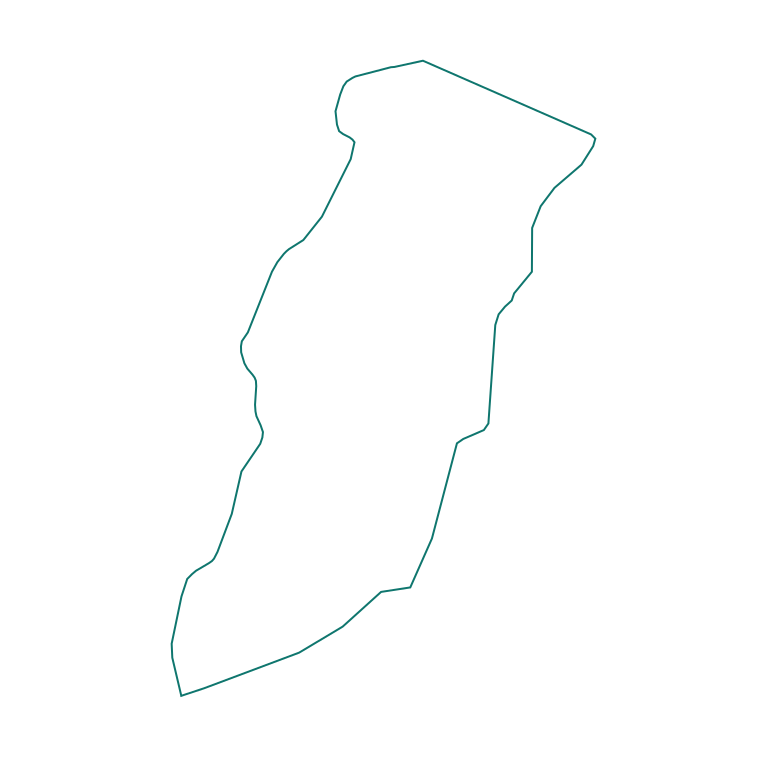 outline of Portland, rotated 94°
{"feature_id": "JAM-1378", "entity_name": "Portland", "entity_type": "Parish", "adm_level": 1, "iso_a3": "JAM", "parent_name": "Jamaica", "parent_adm1": "", "projection": "mercator", "projection_center": [-76.532, 18.127], "detail": "fine", "context": "isolated", "style": "outline", "palette": "teal", "viewbox_px": 768, "rotation_deg": 94, "n_neighbors": 0, "source": "natural_earth", "source_scale": "10m", "svg_char_len": 1093}
<svg xmlns="http://www.w3.org/2000/svg" viewBox="0 0 768 768"><g transform="rotate(94 384 384)"><path d="M124.5,190.3L132.1,191.9L151.4,202.3L176.4,227.6L195.7,240.1L218.0,247.1L261.7,244.3L284.5,260.5L291.8,262.4L298.4,268.7L306.5,274.5L317.4,277.1L416.1,277.1L423.0,281.2L433.3,301.1L438.1,307.1L534.8,325.4L585.1,343.6L591.6,372.4L628.9,408.3L657.9,449.9L700.1,542.3L709.2,564.5L708.4,564.7L671.8,576.1L657.9,577.7L610.0,571.2L592.2,566.7L587.1,562.3L583.4,558.5L574.8,546.0L572.6,543.3L570.1,541.4L563.1,538.4L524.2,526.8L481.2,520.1L452.3,503.3L445.8,501.6L440.4,501.4L433.8,504.2L425.0,509.0L420.3,510.3L413.7,511.2L395.1,511.3L389.8,512.0L386.7,513.5L384.0,515.7L378.2,521.4L373.1,524.7L362.4,528.7L356.3,529.3L351.3,528.8L342.0,523.4L279.8,503.6L269.9,498.9L261.2,493.0L258.4,490.6L256.0,488.1L246.0,474.5L221.4,457.6L162.0,432.9L144.9,430.3L142.4,432.5L140.4,435.5L137.5,442.3L134.9,446.4L128.5,449.0L115.3,451.4L98.3,447.9L89.8,445.3L84.9,442.3L80.9,436.9L79.2,434.0L67.5,399.2L67.0,395.7L58.8,367.7L120.6,194.8L124.5,190.3Z" fill="none" stroke="#0f766e" stroke-width="2"/></g></svg>